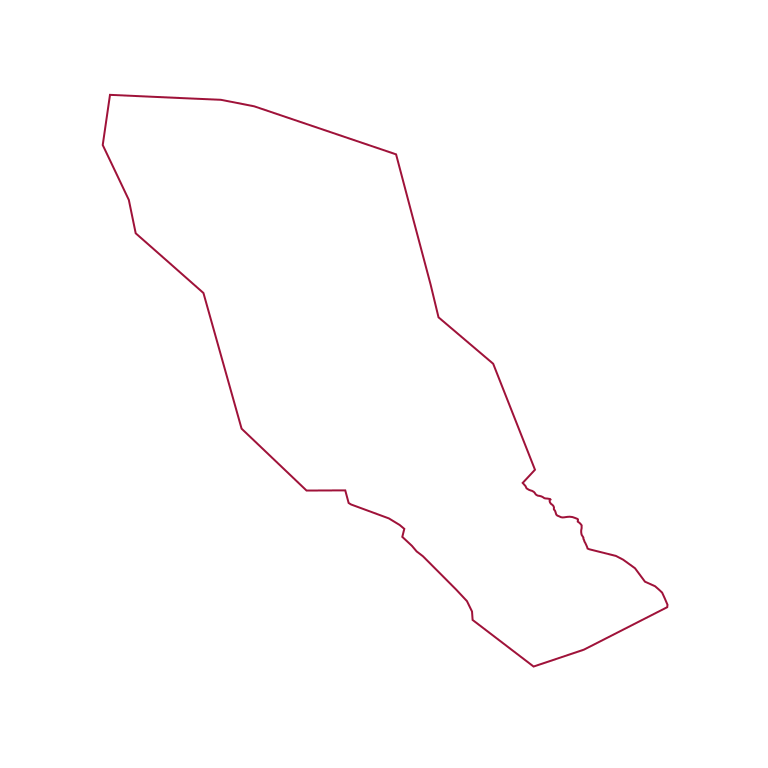 outline of Santa María Texcatitlán, Oaxaca, Mexico, rotated 277°
{"feature_id": "50627088B79643690823541", "entity_name": "Santa María Texcatitlán", "entity_type": "district", "adm_level": 2, "iso_a3": "MEX", "parent_name": "Mexico", "parent_adm1": "Oaxaca", "projection": "equal_earth", "projection_center": [-97.07, 17.719], "detail": "fine", "context": "isolated", "style": "outline", "palette": "rose", "viewbox_px": 768, "rotation_deg": 277, "n_neighbors": 0, "source": "geoboundaries", "source_scale": "gbopen_adm2", "svg_char_len": 1615}
<svg xmlns="http://www.w3.org/2000/svg" viewBox="0 0 768 768"><g transform="rotate(277 384 384)"><path d="M121.8,566.9L144.7,614.8L197.0,692.3L199.4,692.3L205.6,688.7L210.8,685.5L213.4,682.0L216.3,677.7L219.6,667.1L231.7,655.6L238.8,642.7L241.6,635.2L245.0,607.8L245.5,606.1L246.9,605.5L248.6,604.5L250.7,603.2L252.0,602.2L253.6,601.5L254.6,600.8L255.9,600.6L256.4,600.2L257.5,599.3L258.5,598.5L260.4,597.9L262.2,597.6L263.6,597.6L264.5,597.7L265.3,597.7L266.7,597.5L267.8,597.4L268.5,596.7L269.2,596.0L270.1,594.8L270.6,593.9L271.0,593.1L271.4,593.0L272.5,593.1L273.2,593.0L273.6,592.6L274.0,591.2L274.4,589.6L274.9,587.2L274.9,584.6L274.6,582.8L274.1,580.8L273.6,579.0L273.3,577.4L273.4,575.8L274.0,574.0L274.5,572.1L275.4,570.9L276.5,570.4L278.5,569.5L279.5,568.8L280.1,568.0L280.8,567.8L282.0,567.8L283.1,567.3L283.9,566.7L284.9,565.3L285.5,564.2L286.7,563.2L287.5,562.8L288.6,562.6L289.3,562.9L289.6,563.3L290.0,563.0L290.1,562.5L290.1,561.8L290.2,560.1L290.1,558.5L290.2,557.1L291.0,555.6L291.6,554.0L291.9,551.9L291.9,550.4L292.3,549.2L292.7,548.4L293.1,547.9L294.4,546.8L295.2,545.8L296.0,543.9L296.2,542.5L296.7,540.6L297.8,538.2L299.9,536.9L302.7,533.7L317.3,544.3L417.4,489.9L456.8,430.0L488.5,418.1L552.2,392.5L613.4,368.0L643.8,221.3L646.2,187.4L643.2,149.5L637.6,76.8L586.9,75.7L558.0,94.1L535.6,108.3L503.3,119.2L482.6,149.5L452.3,193.7L322.3,248.1L268.8,320.1L273.7,358.5L261.6,363.4L260.4,366.0L251.2,405.2L246.0,416.7L242.7,421.8L234.5,420.8L226.8,431.4L221.8,436.8L217.8,443.6L188.8,480.6L178.6,492.8L168.9,499.1L160.6,500.7L121.8,566.9Z" fill="none" stroke="#9f1239" stroke-width="2"/></g></svg>